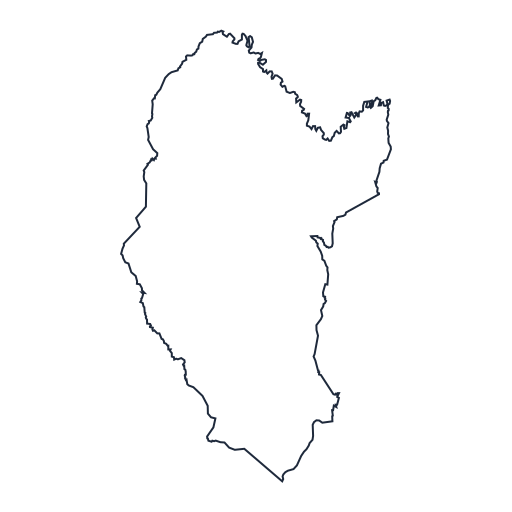 the district of Chatturat, Chaiyaphum, Thailand
{"feature_id": "78962969B33448846047594", "entity_name": "Chatturat", "entity_type": "district", "adm_level": 2, "iso_a3": "THA", "parent_name": "Thailand", "parent_adm1": "Chaiyaphum", "projection": "equal_earth", "projection_center": [101.87, 15.566], "detail": "fine", "context": "isolated", "style": "outline", "palette": "slate", "viewbox_px": 512, "rotation_deg": 0, "n_neighbors": 0, "source": "geoboundaries", "source_scale": "gbopen_adm2", "svg_char_len": 6002}
<svg xmlns="http://www.w3.org/2000/svg" viewBox="0 0 512 512"><path d="M208.4,440.7L211.6,441.7L212.3,440.7L214.1,441.2L215.7,440.6L220.4,442.2L224.5,442.5L229.1,447.6L234.8,449.8L244.3,448.8L282.2,481.3L283.2,479.1L282.6,476.4L283.3,474.5L285.3,472.2L287.9,470.7L293.5,469.1L296.9,465.4L301.2,455.9L304.0,451.7L306.5,449.2L308.8,445.5L309.6,443.1L312.5,439.8L313.1,435.9L312.7,424.8L314.0,422.1L316.4,420.3L319.2,420.5L322.3,422.7L332.4,421.3L332.2,416.2L332.8,415.7L332.1,410.2L333.1,410.2L333.8,405.6L336.3,407.0L335.7,404.7L337.1,404.7L338.9,397.9L337.2,396.9L339.0,393.1L337.5,393.1L337.0,394.9L335.7,393.8L335.0,394.7L333.4,394.2L320.9,375.0L319.0,374.5L319.2,372.2L318.3,372.1L318.5,370.6L318.0,370.5L315.4,360.6L313.6,356.5L314.6,354.1L318.0,335.7L316.5,330.1L316.4,325.2L320.9,319.2L322.3,316.0L321.0,310.1L323.2,306.5L323.6,303.9L324.8,303.2L326.1,300.9L325.0,299.6L325.3,298.3L324.6,297.7L325.0,296.7L323.3,296.2L323.0,292.4L325.3,284.2L327.4,284.6L328.2,274.3L327.3,270.1L327.5,267.4L326.2,265.7L324.4,260.8L322.3,259.4L322.2,255.8L320.7,251.6L317.4,246.0L317.7,243.6L316.3,242.4L315.9,240.7L311.8,237.6L311.0,236.3L317.4,236.0L317.6,237.4L320.2,237.9L320.7,238.8L321.4,238.3L321.7,239.3L323.0,239.9L322.9,241.4L323.9,242.5L324.4,245.0L325.8,245.7L326.6,247.0L327.7,246.8L328.5,247.7L330.4,247.3L332.0,246.3L332.7,243.4L332.3,233.6L333.2,228.6L332.9,226.1L334.5,222.2L334.1,221.1L336.8,219.4L337.2,217.2L343.3,215.9L345.4,214.7L346.0,212.5L379.0,194.2L379.0,193.3L377.7,192.9L377.2,191.4L377.7,188.0L376.4,186.4L375.2,182.1L376.5,182.9L376.9,181.8L376.4,180.7L379.4,171.9L379.7,168.2L381.0,163.7L383.5,162.5L383.7,160.8L387.0,159.6L390.9,149.3L390.7,146.6L388.6,142.9L388.3,138.5L388.9,136.5L388.0,134.0L388.1,130.7L387.3,127.5L388.5,123.1L386.9,120.9L386.7,119.6L388.3,114.7L387.8,112.1L388.0,110.8L388.6,110.5L388.7,108.9L387.8,108.0L387.9,105.8L388.5,104.4L389.6,103.7L390.1,101.0L389.6,99.6L386.6,100.6L387.4,103.6L386.8,105.3L385.1,105.9L383.8,105.5L383.1,102.2L381.2,102.9L380.9,105.3L378.7,105.5L380.4,99.8L378.4,99.2L377.2,97.7L376.4,97.9L375.2,100.3L373.7,101.2L372.7,106.2L370.8,107.9L370.4,107.3L371.3,106.0L371.3,104.3L372.2,101.9L371.9,100.5L369.5,101.3L370.0,104.9L369.1,106.8L367.8,107.5L366.1,106.9L367.6,101.5L364.3,101.9L363.1,105.7L363.1,110.4L361.8,111.7L359.6,111.4L358.8,113.3L358.7,116.4L357.9,116.4L357.4,113.6L356.0,112.5L355.0,113.1L356.1,113.9L356.1,115.0L354.3,117.5L351.5,112.2L350.2,112.5L350.6,115.2L349.9,116.1L347.6,113.0L346.9,112.9L345.6,117.5L348.9,118.0L350.7,121.4L350.1,122.2L347.4,121.3L346.4,128.0L344.3,128.8L343.9,127.2L344.4,125.1L343.4,124.6L340.7,126.8L341.0,131.8L340.1,133.2L338.9,133.4L336.6,130.9L334.7,132.8L333.8,136.1L332.4,137.1L330.9,140.7L329.2,140.9L327.6,138.5L326.2,139.9L325.0,139.6L322.8,138.3L322.5,136.2L323.8,134.6L323.8,133.1L321.1,130.0L320.1,127.3L317.8,127.8L316.3,130.8L315.3,129.0L315.1,126.1L313.0,126.1L311.5,129.1L309.5,126.6L306.9,125.7L306.9,123.6L308.3,120.3L309.1,113.7L307.6,113.7L307.2,115.8L306.5,116.2L305.0,113.6L301.9,112.4L302.1,110.7L303.7,109.9L304.1,108.9L300.2,106.0L300.0,104.1L301.1,101.8L301.2,100.0L300.0,99.6L296.3,102.4L296.1,98.5L297.7,97.3L297.8,96.5L297.1,95.0L295.2,93.8L294.8,92.2L293.3,91.8L289.9,93.0L286.6,91.7L285.2,86.3L284.3,85.8L282.4,86.8L280.6,84.6L280.9,82.7L282.5,81.6L281.7,78.9L277.1,75.5L275.0,75.4L272.9,78.7L271.9,78.8L271.5,76.8L272.6,73.7L271.7,71.4L269.7,71.4L267.5,73.6L266.6,72.6L266.3,70.4L264.2,72.0L263.0,71.5L263.0,69.1L260.1,67.2L258.1,63.9L258.1,62.8L259.5,62.7L262.9,64.7L266.0,61.9L266.0,60.0L264.8,59.3L261.3,59.9L260.0,60.9L258.1,60.0L258.6,58.8L259.9,58.4L260.9,57.0L261.9,53.0L260.3,54.0L258.2,52.9L255.5,53.5L253.7,52.5L250.6,53.3L249.2,52.6L248.8,50.6L251.5,47.5L251.8,44.7L253.0,41.9L251.8,37.3L250.1,36.1L248.6,37.1L249.6,46.6L248.6,47.3L246.9,46.3L246.3,45.2L247.5,40.7L245.5,36.0L243.6,33.9L242.5,33.7L241.9,34.8L241.9,39.5L238.6,41.3L237.5,43.9L236.0,43.9L232.5,42.6L232.7,41.4L234.4,39.4L234.4,38.2L230.1,33.7L228.9,34.0L226.9,36.7L223.0,34.2L222.6,32.4L223.3,31.5L221.3,30.7L219.0,32.0L217.9,31.6L217.0,32.6L214.0,32.8L212.9,34.2L207.0,34.9L205.8,36.7L202.8,38.9L202.2,41.7L199.8,43.2L198.5,46.5L198.4,48.6L196.9,49.5L196.2,51.7L194.7,52.9L194.3,54.2L193.2,54.1L192.5,55.3L191.1,55.6L187.2,55.4L186.0,56.5L186.3,59.8L182.5,61.8L182.1,63.7L180.0,66.5L180.2,67.3L178.4,68.3L177.7,70.4L171.5,72.2L168.7,74.1L165.2,77.8L160.3,89.2L157.3,92.7L156.3,94.8L155.2,95.2L154.8,98.4L154.0,98.3L152.2,100.6L152.7,104.3L152.0,113.3L152.4,114.0L152.0,116.3L152.3,117.8L150.7,120.5L148.9,121.0L149.2,121.8L148.8,123.4L147.6,124.1L146.7,126.4L147.4,128.1L148.7,137.0L148.1,139.9L153.1,149.3L157.3,153.1L157.1,155.8L155.3,157.6L155.7,158.6L154.5,158.6L153.9,160.1L152.4,158.6L152.1,159.6L151.4,159.3L151.3,160.5L150.7,160.4L149.7,162.4L147.4,163.9L147.9,164.8L143.7,170.5L144.3,172.1L143.7,176.4L144.1,179.9L146.3,183.4L145.9,206.7L136.1,218.0L139.7,226.8L123.8,243.7L124.0,245.4L122.5,248.7L121.1,253.9L122.6,255.4L123.2,258.2L125.3,262.3L128.5,263.5L131.3,272.3L135.7,276.0L137.1,281.3L136.9,283.8L139.8,284.3L141.9,288.2L142.0,290.3L144.5,292.9L141.8,292.5L143.2,294.0L142.0,298.0L141.3,298.6L141.4,300.2L140.3,302.0L142.8,303.1L143.5,306.5L144.3,307.2L144.7,312.5L145.3,313.0L145.0,314.0L146.2,316.6L145.8,317.4L146.1,318.5L147.0,319.6L147.1,323.6L150.2,324.0L150.9,325.5L149.9,326.4L150.0,327.1L152.8,327.7L152.4,329.5L153.0,330.8L154.3,330.3L157.3,333.4L159.4,333.4L161.6,338.9L162.9,339.3L163.9,341.1L164.1,342.9L166.2,343.8L167.7,345.8L168.3,345.7L168.3,349.4L170.6,349.4L169.9,350.7L171.8,353.1L171.8,356.6L173.9,357.2L174.2,359.6L176.1,358.7L177.9,359.3L181.2,358.1L184.4,360.2L184.7,362.3L183.0,364.5L183.6,365.7L184.2,365.6L184.4,369.1L185.3,369.7L185.7,371.4L185.8,374.7L184.9,374.8L184.7,375.6L185.3,377.5L185.0,378.0L185.9,380.0L186.5,379.6L187.3,384.2L188.8,385.5L193.4,387.2L202.5,395.9L207.7,405.8L207.9,413.6L211.0,417.3L215.4,418.4L213.4,427.4L207.1,436.5L207.3,438.4L207.9,438.6L208.4,440.7Z" fill="none" stroke="#1e293b" stroke-width="2"/></svg>